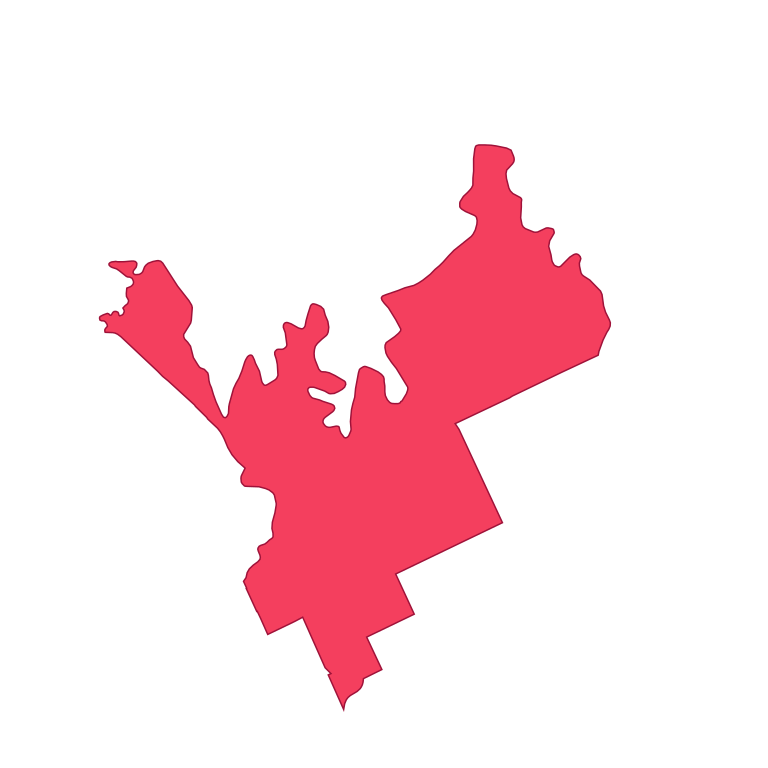 outline of Yarra, Victoria, Australia, rotated 237°
{"feature_id": "25037944B16645516556899", "entity_name": "Yarra", "entity_type": "district", "adm_level": 2, "iso_a3": "AUS", "parent_name": "Australia", "parent_adm1": "Victoria", "projection": "equal_earth", "projection_center": [145.012, -37.805], "detail": "fine", "context": "isolated", "style": "filled", "palette": "rose", "viewbox_px": 768, "rotation_deg": 237, "n_neighbors": 0, "source": "geoboundaries", "source_scale": "gbopen_adm2", "svg_char_len": 6171}
<svg xmlns="http://www.w3.org/2000/svg" viewBox="0 0 768 768"><g transform="rotate(237 384 384)"><path d="M579.2,178.3L574.9,184.4L573.3,186.1L570.8,187.7L567.0,189.1L518.1,201.1L511.0,202.5L504.1,204.7L469.6,213.7L467.9,213.7L452.6,217.1L450.6,217.1L437.6,220.3L433.1,220.7L428.5,220.5L424.9,220.1L415.7,218.4L407.5,218.0L398.5,219.1L389.1,221.7L384.9,214.7L384.2,213.8L382.7,212.6L379.5,210.9L377.6,210.8L374.6,211.4L373.9,211.9L372.4,213.9L365.9,223.2L360.9,227.7L357.7,229.9L353.3,231.5L350.7,231.6L342.6,228.6L341.1,227.6L335.3,222.3L328.9,215.1L323.8,211.3L319.4,209.7L316.5,207.9L315.9,207.1L315.6,205.8L315.6,203.1L314.9,199.6L314.7,196.9L315.8,192.7L315.9,190.9L315.1,189.1L314.2,188.2L312.5,187.6L307.9,186.7L306.0,185.9L304.5,184.5L303.6,181.3L303.3,175.6L302.3,170.4L300.3,166.5L296.7,162.8L295.0,158.7L287.6,157.6L287.6,157.1L262.5,153.4L262.4,153.9L254.9,152.9L237.3,150.1L233.5,179.8L232.7,188.8L178.1,180.1L170.0,181.8L170.4,178.8L133.0,172.9L137.3,176.9L139.7,180.4L140.7,183.1L141.1,186.1L140.8,194.0L141.5,198.2L142.3,200.0L143.6,202.1L145.3,204.0L148.1,206.3L145.7,226.7L181.2,231.6L174.5,284.0L218.3,290.3L203.2,407.8L305.2,422.2L312.0,422.1L304.0,481.8L304.0,485.1L297.0,539.8L291.5,579.3L294.3,582.0L301.6,591.7L306.0,599.1L307.4,602.2L309.4,605.2L312.1,607.2L315.0,607.9L323.5,608.9L329.9,610.7L340.3,615.6L344.0,616.2L359.1,613.2L366.0,610.1L367.9,609.6L370.1,609.8L376.4,612.2L379.0,613.7L381.9,617.3L383.9,617.9L385.8,617.7L387.1,617.2L388.2,616.3L388.8,615.2L389.2,613.5L389.2,608.9L386.5,596.3L386.8,594.7L387.4,593.7L390.0,591.9L391.3,591.5L394.7,591.7L396.5,592.2L401.4,594.4L409.8,597.1L413.9,601.0L417.7,608.6L418.6,609.4L421.0,610.2L421.9,610.1L423.0,609.3L425.6,606.6L426.5,605.0L427.8,595.6L428.7,593.8L429.8,592.4L437.4,587.1L440.0,586.3L442.5,586.5L448.9,589.1L457.8,595.7L461.7,598.2L463.5,599.8L464.5,600.1L465.9,600.0L473.5,595.8L477.1,595.1L480.2,595.4L489.6,598.6L493.9,600.8L496.6,603.4L498.7,611.8L499.7,613.9L501.0,615.2L502.8,616.2L504.9,616.8L510.9,617.9L515.1,615.3L522.5,607.8L525.9,603.9L529.9,598.3L532.9,593.6L533.6,591.3L533.4,590.3L531.7,588.2L524.1,581.8L513.7,575.1L508.3,570.8L502.3,566.8L500.7,564.1L499.9,561.6L499.1,558.4L498.1,552.8L495.5,547.2L494.5,546.1L491.5,544.2L490.5,544.0L488.4,544.4L484.3,546.3L476.2,551.6L474.8,552.2L473.4,552.3L470.3,551.1L467.4,548.9L463.4,544.4L461.1,540.3L460.2,537.6L458.0,515.5L456.3,508.2L454.0,499.8L453.0,494.8L452.3,489.2L450.8,482.6L449.9,473.1L449.9,467.9L450.4,462.8L453.3,453.9L454.7,446.8L457.8,434.5L458.5,431.0L458.4,430.2L458.0,429.2L457.5,428.6L455.4,428.0L451.6,428.2L445.4,429.2L431.6,428.9L420.9,428.0L419.5,426.8L418.6,423.8L417.9,418.8L417.5,408.4L416.0,406.1L413.9,404.6L408.9,402.5L405.3,402.0L398.0,402.1L390.2,402.8L368.5,402.2L367.1,401.5L365.8,400.3L363.6,397.4L360.0,389.9L360.1,388.5L359.5,387.6L359.5,386.4L359.9,385.1L361.6,382.4L363.5,379.9L364.7,379.1L365.7,378.7L368.9,378.2L373.5,378.8L376.9,380.4L381.9,383.6L386.3,385.6L388.1,386.8L390.3,387.5L391.3,387.4L393.4,387.1L397.4,385.6L404.1,381.6L408.3,378.4L409.2,377.5L409.7,376.1L409.8,372.6L409.5,371.3L407.3,368.7L395.7,357.7L388.9,352.3L384.6,347.3L380.0,342.6L370.8,335.4L363.9,331.7L362.7,330.6L360.1,326.7L359.6,325.6L359.3,324.4L359.7,322.4L360.8,321.5L366.1,321.1L369.1,321.7L372.3,322.9L372.9,322.8L373.6,322.4L374.7,321.0L377.0,315.2L378.1,313.6L379.5,312.5L380.9,311.9L383.9,311.7L385.4,312.1L386.8,313.3L387.7,314.7L388.1,316.5L388.7,325.8L389.1,327.5L390.4,329.5L392.7,330.2L394.1,329.9L395.7,329.0L402.7,323.3L405.8,321.2L410.9,316.6L412.1,316.0L414.8,315.6L419.3,316.2L420.7,316.9L421.5,317.9L421.8,319.2L421.5,320.4L419.8,323.0L418.8,324.0L410.4,330.4L406.1,332.6L405.1,333.6L403.2,337.1L402.5,341.6L402.3,346.1L402.8,349.2L404.5,351.7L406.5,352.6L408.0,352.4L417.8,347.5L423.2,344.2L426.0,341.5L428.0,338.7L429.2,337.8L432.1,337.4L441.1,339.2L444.0,340.0L447.7,342.0L450.7,344.4L453.0,346.9L454.3,350.2L455.4,356.2L456.1,362.0L456.6,363.5L458.0,365.5L461.7,368.6L467.1,371.0L473.8,372.2L479.6,374.1L483.5,373.2L485.5,371.9L487.6,370.5L489.3,368.9L490.0,367.9L490.1,366.9L489.9,365.9L489.5,364.9L484.2,358.4L479.8,353.4L475.7,349.5L475.0,348.2L474.7,347.1L474.7,346.0L475.1,345.0L477.5,342.8L485.0,338.9L487.9,336.7L488.7,335.7L489.1,334.6L489.1,333.6L488.7,332.6L488.1,331.7L486.3,330.4L480.7,329.1L469.8,323.9L468.9,323.0L468.3,321.5L468.1,319.2L468.5,317.6L470.8,314.1L471.2,312.9L470.8,310.8L470.1,309.6L468.1,308.4L463.5,307.2L458.5,305.2L449.0,299.8L447.6,297.7L447.1,296.6L446.8,294.7L447.0,286.3L447.2,284.5L447.8,283.4L448.5,282.9L451.0,282.6L452.8,282.9L462.6,286.5L471.4,287.5L474.9,288.4L478.5,288.9L479.8,288.8L480.7,288.2L481.2,287.3L481.4,286.1L481.2,284.4L479.7,281.3L478.3,279.2L472.3,271.9L467.8,265.4L465.2,260.3L462.0,255.2L451.8,243.7L449.5,241.5L444.0,237.5L442.4,234.8L442.1,233.5L442.2,232.5L443.6,231.3L447.2,231.3L460.6,233.4L468.1,235.2L474.8,237.2L478.9,237.9L482.3,239.1L486.8,241.4L489.2,242.2L494.1,241.3L497.2,239.0L498.6,238.4L501.8,238.3L509.9,238.5L521.1,242.3L526.0,242.1L530.2,241.3L532.6,241.7L534.7,243.0L540.4,255.0L542.4,257.1L550.1,263.0L552.5,264.8L554.8,265.6L560.2,265.8L578.5,264.2L605.9,264.3L608.6,263.6L610.5,261.8L611.2,260.4L612.6,256.9L613.7,252.1L613.4,249.3L613.0,248.0L612.5,246.8L609.6,242.8L609.1,241.1L609.2,238.5L610.9,235.4L611.9,234.3L613.9,234.1L615.4,235.4L616.9,239.7L618.1,241.1L619.6,242.3L620.5,242.5L622.1,242.2L623.5,240.9L624.5,239.4L628.2,232.5L631.5,227.3L632.9,225.8L634.7,222.1L635.0,220.4L634.8,219.3L634.5,218.7L633.5,218.2L631.6,218.5L629.8,219.5L626.2,222.4L623.4,223.6L614.6,226.5L613.3,227.4L612.1,229.0L609.8,230.3L606.9,229.9L605.5,229.2L604.3,227.9L603.8,226.0L603.7,224.6L604.5,220.5L600.3,217.2L597.7,215.7L593.6,215.4L592.5,214.8L591.0,212.8L590.7,209.5L589.9,206.4L587.5,206.2L586.1,205.5L584.6,203.2L584.5,201.7L585.1,199.5L586.0,199.2L588.1,199.9L589.2,199.9L590.8,198.8L591.8,197.2L591.7,195.6L590.5,193.1L590.5,192.2L590.9,191.7L592.8,191.3L593.9,190.4L594.9,186.2L595.2,182.8L594.9,181.9L593.8,181.1L592.3,180.6L590.9,181.5L589.6,183.3L587.9,184.2L584.6,184.2L583.0,183.4L582.3,180.8L581.7,179.6L580.5,178.7L579.2,178.3Z" fill="#f43f5e" stroke="#9f1239" stroke-width="1.5"/></g></svg>